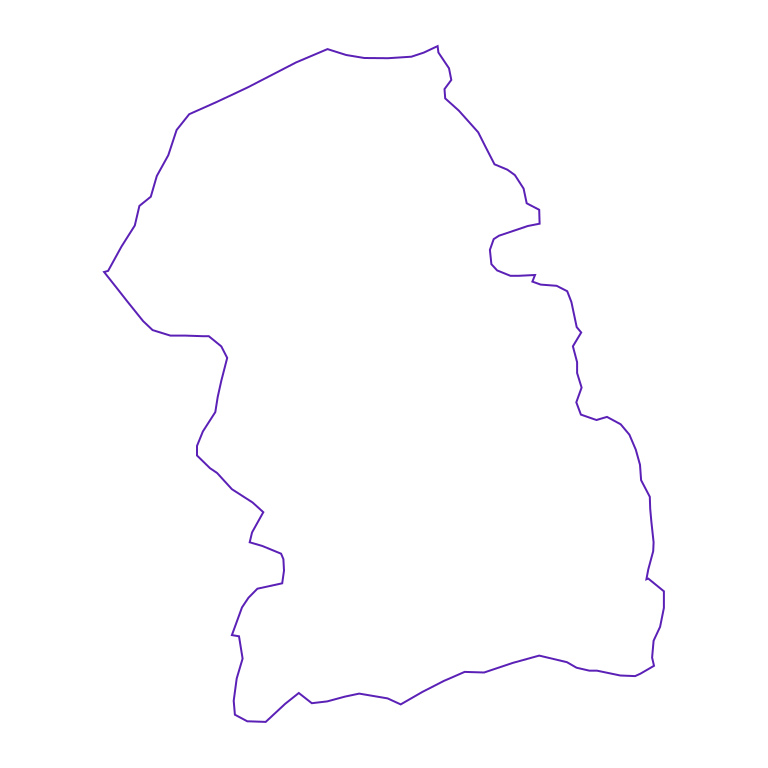 the district of Anglisides, Larnaca, Cyprus
{"feature_id": "46923920B38878659010420", "entity_name": "Anglisides", "entity_type": "district", "adm_level": 2, "iso_a3": "CYP", "parent_name": "Cyprus", "parent_adm1": "Larnaca", "projection": "natural_earth1", "projection_center": [33.461, 34.857], "detail": "fine", "context": "isolated", "style": "outline", "palette": "violet", "viewbox_px": 768, "rotation_deg": 0, "n_neighbors": 0, "source": "geoboundaries", "source_scale": "gbopen_adm2", "svg_char_len": 1817}
<svg xmlns="http://www.w3.org/2000/svg" viewBox="0 0 768 768"><path d="M104.1,272.0L117.7,289.2L127.1,301.2L143.1,321.1L152.6,330.1L170.4,335.6L185.2,335.6L202.9,336.2L208.8,336.2L221.3,346.4L227.2,357.9L221.3,380.8L217.7,397.0L215.3,412.1L202.9,431.4L197.0,445.9L197.0,455.5L210.0,468.2L217.1,473.0L231.9,489.2L252.6,502.5L263.3,512.2L252.6,531.4L252.0,532.6L249.7,542.3L262.1,545.9L281.1,553.7L283.4,559.2L284.0,570.6L282.2,583.3L257.4,588.7L248.5,597.7L242.0,607.4L231.9,635.1L239.0,636.3L242.6,658.6L236.7,678.5L233.7,700.8L234.9,714.7L247.3,721.3L248.2,721.3L265.7,721.9L285.2,703.8L298.8,693.0L311.8,703.2L327.2,701.4L345.0,696.6L359.2,693.6L387.6,698.4L400.7,704.4L422.6,691.8L443.9,680.9L450.2,678.2L464.6,671.9L484.1,672.5L513.1,662.8L539.2,655.6L567.0,662.2L576.5,667.7L589.5,670.7L597.2,670.7L620.3,675.5L635.1,676.1L640.4,673.7L654.0,665.8L652.1,657.6L653.6,640.7L660.1,626.8L663.9,607.9L663.9,591.3L648.3,578.6L646.4,579.3L648.3,569.3L653.2,551.2L653.6,542.3L651.3,521.1L650.2,508.7L649.8,496.8L641.1,480.2L640.0,464.8L635.8,449.7L629.4,434.7L620.7,424.3L607.0,416.9L596.4,420.0L580.9,414.6L576.3,402.3L581.6,387.6L577.1,373.0L577.1,362.2L572.9,346.3L581.2,332.5L576.7,327.1L571.4,302.0L567.2,291.2L556.6,285.8L540.7,284.6L532.4,281.6L535.0,275.0L518.7,275.8L510.4,275.8L497.1,270.4L491.4,264.2L489.9,249.9L493.7,239.1L499.0,235.7L527.8,226.0L539.6,223.7L539.2,209.8L526.7,203.3L523.6,188.6L514.9,175.1L507.4,169.7L494.5,164.3L485.4,146.6L478.2,132.3L458.9,110.7L445.2,98.4L444.5,89.1L451.3,79.9L449.0,68.3L438.4,52.5L437.6,46.1L423.8,52.6L411.4,56.7L388.2,58.2L364.3,58.0L346.2,55.0L327.5,49.1L295.9,62.5L247.5,87.5L216.6,102.0L189.2,114.2L176.6,130.0L168.3,155.2L156.8,176.0L150.8,196.7L139.4,205.9L134.8,225.5L121.5,246.5L108.1,270.9L104.1,272.0Z" fill="none" stroke="#5b21b6" stroke-width="2"/></svg>